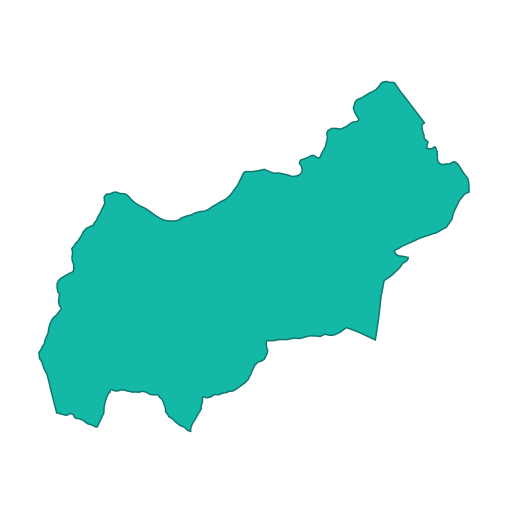 Sotanga, Dâmbovita, Romania (Equal Earth projection), rotated 277°
{"feature_id": "2599482B74032369078815", "entity_name": "Sotanga", "entity_type": "district", "adm_level": 2, "iso_a3": "ROU", "parent_name": "Romania", "parent_adm1": "Dâmbovita", "projection": "equal_earth", "projection_center": [25.375, 44.974], "detail": "fine", "context": "isolated", "style": "filled", "palette": "teal", "viewbox_px": 512, "rotation_deg": 277, "n_neighbors": 0, "source": "geoboundaries", "source_scale": "gbopen_adm2", "svg_char_len": 5981}
<svg xmlns="http://www.w3.org/2000/svg" viewBox="0 0 512 512"><g transform="rotate(277 256 256)"><path d="M445.0,371.3L445.0,370.2L444.6,367.7L445.2,364.3L444.1,360.7L442.7,359.2L438.9,357.0L435.5,354.6L433.4,351.8L431.9,349.2L425.2,340.7L424.5,338.9L423.1,337.0L420.7,335.5L417.5,335.2L416.2,334.7L414.3,334.7L409.6,337.1L404.5,341.2L403.4,341.4L401.7,339.8L400.5,335.4L399.3,333.8L395.7,330.2L392.3,324.7L392.4,320.4L391.9,315.6L389.0,312.0L386.4,311.3L382.2,312.5L373.2,311.6L365.6,308.6L361.1,307.2L360.9,306.3L361.1,305.0L361.9,303.1L362.7,301.3L362.8,300.6L362.8,299.9L362.4,298.6L359.8,295.1L356.7,288.7L356.4,288.5L354.6,287.9L353.1,287.8L350.8,290.1L347.5,291.3L344.7,291.2L342.2,289.7L340.8,287.4L340.2,285.7L339.6,284.1L339.4,282.2L339.5,281.0L340.3,278.1L341.2,268.5L340.6,265.8L340.4,263.5L340.8,261.0L343.0,253.6L342.9,253.3L340.8,247.7L339.2,241.4L338.9,238.1L338.6,236.2L338.3,235.0L337.4,233.7L323.8,229.0L320.1,226.9L313.6,223.3L308.7,219.2L305.9,214.7L302.7,210.8L299.5,206.4L296.6,203.3L294.3,199.8L293.3,195.1L291.6,190.9L289.0,187.1L287.2,182.1L284.7,177.5L281.8,174.0L280.8,170.9L280.3,166.2L280.2,161.1L281.9,155.6L284.1,150.9L287.4,145.1L289.9,139.9L291.7,134.3L294.0,129.5L297.0,125.1L299.7,122.1L301.0,120.1L301.5,118.9L301.7,117.5L301.5,113.3L302.4,109.8L302.0,107.2L300.9,105.3L300.3,104.1L299.4,102.2L299.1,99.8L296.5,98.4L295.8,98.2L294.9,98.2L294.0,98.5L291.7,98.9L291.1,99.2L290.4,99.9L288.5,99.0L282.3,96.9L278.6,95.9L278.1,95.3L275.0,94.2L273.0,93.5L272.7,93.6L272.1,93.4L271.6,93.2L270.9,92.6L270.0,92.0L268.9,91.5L267.9,91.1L266.8,90.8L265.7,89.0L264.9,87.9L264.6,87.2L263.9,86.1L263.6,85.4L263.2,84.9L262.6,84.1L260.2,82.5L259.1,81.8L259.0,81.6L258.6,81.4L256.5,81.0L255.5,80.5L253.1,79.3L251.2,78.5L249.6,77.8L248.9,77.2L247.6,76.1L246.7,75.5L245.1,74.8L243.3,74.1L242.0,72.9L240.9,72.4L240.5,72.3L239.8,72.5L238.6,73.1L237.6,73.4L235.8,73.6L233.1,73.5L230.0,73.9L229.0,74.1L228.2,74.7L225.2,76.0L223.3,76.4L220.0,76.7L218.7,76.3L218.0,75.9L217.4,75.3L216.1,72.9L210.8,65.9L208.7,63.8L207.2,62.9L205.1,62.1L204.2,62.0L201.2,62.3L198.2,63.0L196.3,63.7L196.0,63.9L195.1,64.9L194.0,65.5L192.7,65.7L190.4,65.5L187.5,65.5L186.0,65.7L183.6,66.6L181.8,67.8L181.4,68.4L180.6,68.9L179.7,68.9L178.6,68.6L177.3,67.7L176.1,66.9L173.5,65.5L172.6,64.8L171.5,63.7L169.3,61.9L166.5,60.7L163.8,59.9L162.4,59.6L158.1,59.0L154.5,59.1L153.3,58.8L152.9,58.6L149.8,57.7L148.6,57.3L147.6,57.1L146.7,56.8L145.9,56.6L144.1,56.8L143.7,56.7L142.8,56.5L142.3,56.1L140.7,55.5L139.4,54.7L138.3,54.5L137.3,54.1L134.8,52.8L133.6,52.3L127.9,53.7L124.9,56.3L119.1,58.9L112.9,63.1L105.4,66.0L98.2,68.6L76.0,77.3L75.3,82.9L74.7,86.6L75.7,89.2L77.3,91.0L76.4,93.4L75.4,94.7L74.3,95.2L73.1,96.5L72.9,97.3L73.1,99.3L72.8,101.4L72.1,103.1L71.9,104.6L70.3,106.8L68.9,109.5L68.6,112.0L68.4,113.4L67.1,116.9L66.8,118.3L66.9,118.9L67.1,119.3L81.5,124.1L87.4,123.6L92.6,124.1L98.6,125.2L102.0,126.6L102.5,127.1L103.3,127.8L103.6,127.8L104.1,127.5L104.7,127.5L105.3,127.8L105.6,128.3L105.8,129.4L105.2,130.9L105.0,131.8L105.0,133.9L105.5,136.0L106.2,137.3L106.9,139.0L106.8,142.2L106.2,145.4L106.4,146.8L105.8,149.0L106.3,152.7L106.5,155.2L106.5,156.7L106.9,157.6L107.2,157.7L107.5,158.2L107.7,159.1L107.8,160.3L107.7,162.7L105.8,167.6L105.6,170.1L105.9,172.3L106.2,174.4L106.3,175.5L106.0,176.2L104.7,176.8L104.0,177.6L103.4,178.7L102.8,179.5L102.0,180.2L101.0,181.1L99.7,181.9L97.4,182.8L95.3,184.1L93.3,184.8L91.6,185.0L90.5,185.3L89.2,186.5L88.1,187.4L87.6,188.0L86.6,188.6L85.8,189.3L85.2,190.7L84.1,193.2L82.0,195.6L78.6,201.1L78.0,203.1L77.6,205.0L77.3,205.8L76.5,207.0L75.0,208.7L74.6,209.6L74.1,211.2L74.0,212.5L74.6,212.3L76.5,212.3L78.4,212.4L80.2,212.9L82.2,213.5L85.0,214.8L87.7,216.1L90.0,216.9L93.6,218.5L96.0,219.6L97.2,220.1L98.1,220.2L98.7,220.1L100.2,219.8L101.5,219.9L102.1,220.2L102.8,220.4L104.5,220.5L106.2,220.5L108.9,220.2L109.3,220.3L109.5,220.5L109.8,221.4L109.8,222.2L109.3,223.9L109.3,224.7L109.6,225.6L109.9,226.3L110.3,227.4L110.5,228.1L111.2,229.1L112.7,230.7L113.5,232.1L113.6,233.3L113.6,234.4L114.0,236.6L115.6,239.1L116.6,242.2L117.1,243.8L118.3,245.6L119.0,248.8L119.8,250.5L123.7,255.1L129.0,260.6L132.6,263.4L135.6,264.2L138.1,265.4L141.1,265.9L143.9,267.0L147.1,267.8L148.0,268.8L149.5,269.6L150.6,270.5L151.2,271.3L151.5,272.3L152.6,274.5L154.3,276.6L156.2,277.5L158.0,278.0L160.2,278.8L162.6,279.1L164.3,278.9L166.0,277.9L168.6,277.2L171.2,276.7L173.2,276.7L173.9,282.8L175.9,289.2L176.9,297.4L178.9,302.9L179.5,309.7L183.3,318.9L183.9,325.4L184.0,329.5L186.8,334.0L186.2,338.9L187.1,343.2L190.6,348.8L194.6,352.9L196.0,354.5L193.0,366.9L187.2,384.7L207.6,385.3L231.5,385.1L247.2,386.2L253.6,393.3L256.4,395.6L262.1,400.2L266.6,402.5L269.6,406.2L272.0,407.4L273.1,407.1L273.6,401.1L273.6,397.8L274.2,395.3L276.0,393.8L277.5,392.8L278.5,392.6L279.8,394.9L281.4,397.3L282.2,398.3L283.3,399.4L284.8,401.9L286.1,404.1L286.7,405.0L287.5,406.4L290.0,410.7L293.8,416.6L294.7,418.6L294.8,418.9L296.2,421.7L296.9,423.0L297.0,423.6L297.9,425.5L298.9,427.3L300.4,430.6L300.7,431.7L301.2,432.5L303.2,435.2L304.2,436.4L305.9,438.5L306.2,439.0L307.4,440.9L307.7,441.4L316.3,445.9L322.9,446.8L327.3,448.2L336.2,451.3L342.9,455.5L344.3,457.6L345.5,459.7L352.2,458.7L356.0,457.8L358.8,456.7L363.8,451.8L371.5,445.5L373.6,442.2L373.6,441.3L373.5,440.8L372.8,439.4L372.4,438.8L371.9,438.4L371.2,437.3L370.9,436.5L370.7,435.3L370.7,434.3L370.4,432.9L369.8,431.5L369.5,429.0L369.9,428.2L370.3,426.8L371.0,426.3L370.9,425.8L371.3,425.4L372.4,424.8L373.5,424.6L375.6,424.0L376.7,423.9L378.8,423.7L379.5,423.3L380.7,423.3L381.8,423.1L382.4,422.5L385.8,420.9L386.1,420.4L386.2,419.9L386.1,419.7L385.7,419.4L385.4,419.3L384.7,418.5L383.8,417.0L383.6,415.4L383.6,412.2L387.0,412.3L390.5,412.7L391.2,411.3L393.0,409.0L393.4,408.6L394.0,408.3L394.8,408.3L395.7,408.2L396.9,407.8L398.5,407.0L401.7,405.6L402.9,405.4L405.9,404.6L406.3,404.6L408.4,406.8L408.8,406.9L433.3,383.0L436.4,379.7L444.6,372.5L445.0,371.3Z" fill="#14b8a6" stroke="#0f766e" stroke-width="1.5"/></g></svg>